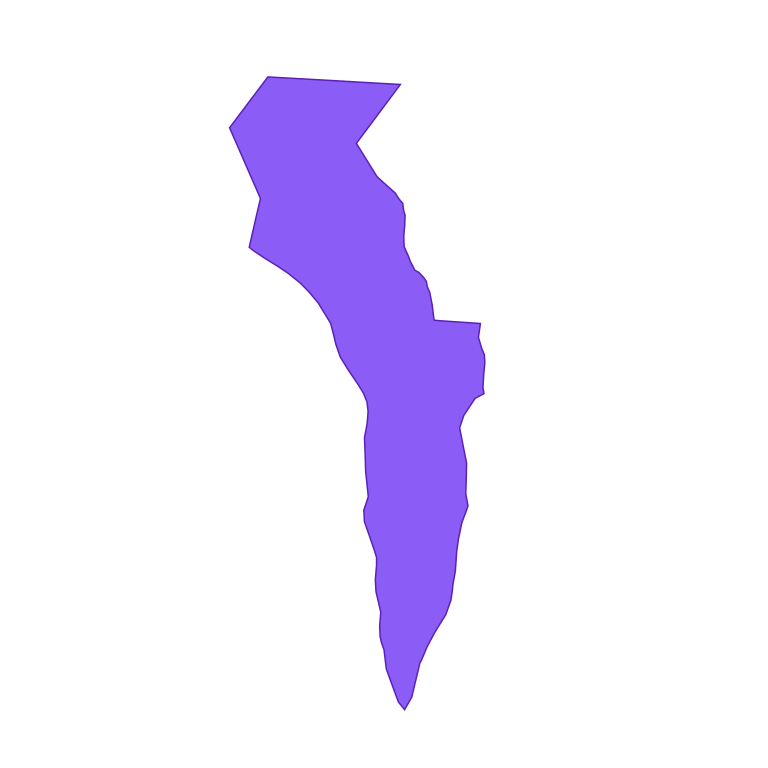 Au Tabor Hill, Anse-la-Raye, Saint Lucia, rotated 79°
{"feature_id": "8701671B64289292392873", "entity_name": "Au Tabor Hill", "entity_type": "district", "adm_level": 2, "iso_a3": "LCA", "parent_name": "Saint Lucia", "parent_adm1": "Anse-la-Raye", "projection": "natural_earth1", "projection_center": [-61.035, 13.945], "detail": "fine", "context": "isolated", "style": "filled", "palette": "violet", "viewbox_px": 768, "rotation_deg": 79, "n_neighbors": 0, "source": "geoboundaries", "source_scale": "gbopen_adm2", "svg_char_len": 1979}
<svg xmlns="http://www.w3.org/2000/svg" viewBox="0 0 768 768"><g transform="rotate(79 384 384)"><path d="M707.6,425.9L696.7,416.5L668.0,403.5L664.8,402.1L662.4,400.0L650.4,392.0L637.8,381.8L622.1,367.3L611.3,360.9L609.1,359.6L599.5,356.2L597.4,355.6L593.4,354.4L581.4,349.7L567.2,345.9L562.6,344.7L550.1,340.4L546.8,339.0L543.8,337.7L535.1,334.1L526.3,328.7L519.6,324.8L507.5,324.7L499.5,322.9L493.1,321.4L477.3,318.0L461.6,318.1L457.1,318.1L441.4,318.1L433.8,313.8L430.0,311.6L418.4,300.2L415.4,297.2L414.1,292.8L412.5,287.7L406.1,287.5L392.9,284.1L390.0,283.2L382.6,281.0L374.5,279.9L367.4,281.3L361.2,281.9L356.2,282.4L344.7,278.4L343.0,277.8L332.7,316.5L331.0,322.5L328.7,322.5L322.4,322.1L315.5,321.6L303.0,321.6L296.8,322.9L291.3,322.9L288.3,324.2L287.0,324.8L284.8,326.1L281.2,328.4L278.1,332.1L274.6,333.0L270.3,334.3L268.7,334.8L267.1,335.0L262.9,335.7L253.2,338.0L251.1,337.7L249.3,337.5L241.9,336.2L235.3,334.3L232.5,333.4L230.4,333.0L222.4,331.1L220.7,331.3L217.3,331.6L212.6,331.3L210.3,331.1L207.5,332.7L204.5,334.3L198.6,336.6L186.8,345.6L179.1,351.3L142.5,365.2L93.1,310.8L82.8,351.3L60.4,439.4L103.0,486.7L127.6,481.2L178.3,469.9L185.1,472.9L189.7,475.0L223.1,489.8L224.1,490.2L228.2,486.7L237.0,477.9L247.2,466.9L256.8,457.2L269.2,446.7L277.3,441.4L279.6,439.9L283.4,437.8L292.2,433.0L300.9,429.8L304.7,428.3L313.7,425.0L314.5,424.8L324.0,424.2L330.2,423.9L335.7,423.7L349.5,421.7L355.2,419.5L363.0,416.6L379.6,409.5L389.2,405.9L394.3,404.9L398.3,404.1L408.0,404.9L416.1,407.1L420.4,408.4L433.0,413.4L447.8,415.7L449.3,415.9L457.9,417.3L458.7,417.5L466.5,418.7L482.1,420.1L482.9,420.2L483.8,420.2L491.8,421.0L504.0,427.9L510.7,428.8L515.1,429.5L543.9,425.4L549.9,424.7L552.8,424.4L560.5,425.9L561.9,426.3L574.7,429.9L586.5,431.5L594.1,431.2L607.3,430.7L620.6,434.4L631.0,436.0L636.4,435.9L639.0,435.6L644.9,434.7L655.7,435.5L664.1,436.1L675.1,434.4L691.1,431.8L699.0,430.5L706.5,426.5L707.6,425.9Z" fill="#8b5cf6" stroke="#5b21b6" stroke-width="1.5"/></g></svg>